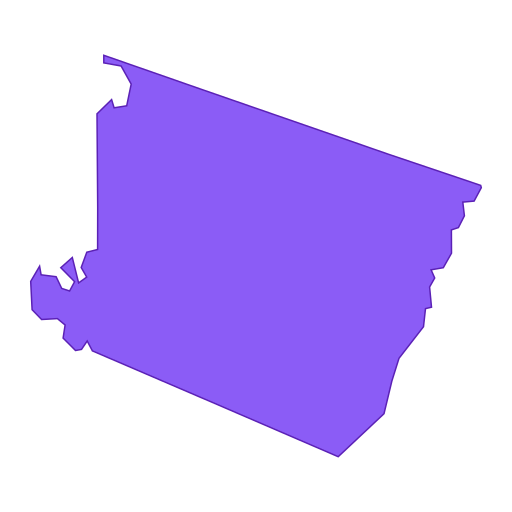 outline of Holmes, Mississippi, United States of America
{"feature_id": "52423323B40462865306568", "entity_name": "Holmes", "entity_type": "district", "adm_level": 2, "iso_a3": "USA", "parent_name": "United States of America", "parent_adm1": "Mississippi", "projection": "natural_earth1", "projection_center": [-90.149, 33.127], "detail": "fine", "context": "isolated", "style": "filled", "palette": "violet", "viewbox_px": 512, "rotation_deg": 0, "n_neighbors": 0, "source": "geoboundaries", "source_scale": "gbopen_adm2", "svg_char_len": 796}
<svg xmlns="http://www.w3.org/2000/svg" viewBox="0 0 512 512"><path d="M97.0,113.8L97.7,207.9L97.6,249.5L86.8,252.2L81.2,267.5L86.7,277.1L78.6,282.9L72.3,257.5L60.8,267.7L74.6,281.7L69.6,291.0L61.7,288.4L56.1,276.7L41.1,274.8L39.6,266.2L30.7,281.4L32.1,309.7L41.6,319.5L57.4,318.6L65.1,325.0L63.1,338.1L75.5,350.5L81.5,349.4L87.2,341.0L92.4,350.9L200.9,397.5L203.3,398.5L338.2,456.7L384.0,413.7L391.9,380.9L399.0,358.3L423.5,326.7L425.5,308.6L431.5,307.2L429.6,287.0L434.7,278.0L431.1,269.8L443.3,267.7L451.5,253.2L451.4,229.9L458.4,227.6L464.4,215.8L462.8,202.1L474.1,201.1L481.3,187.7L480.7,185.4L388.3,154.2L371.6,148.4L363.6,145.6L200.4,89.0L103.8,55.3L103.8,62.9L121.1,66.0L131.2,84.1L126.7,105.8L114.1,107.8L111.6,99.6L97.0,113.8Z" fill="#8b5cf6" stroke="#5b21b6" stroke-width="1.5"/></svg>